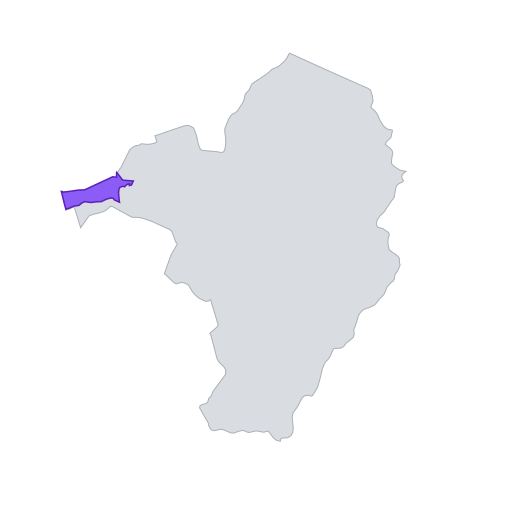 Renk, Upper Nile, South Sudan shown in context, rotated 253°
{"feature_id": "79223893B54015778886033", "entity_name": "Renk", "entity_type": "district", "adm_level": 2, "iso_a3": "SSD", "parent_name": "South Sudan", "parent_adm1": "Upper Nile", "projection": "natural_earth1", "projection_center": [32.947, 11.291], "detail": "fine", "context": "in_parent", "style": "filled", "palette": "violet", "viewbox_px": 512, "rotation_deg": 253, "n_neighbors": 0, "source": "geoboundaries", "source_scale": "gbopen_adm2", "svg_char_len": 4722}
<svg xmlns="http://www.w3.org/2000/svg" viewBox="0 0 512 512"><g transform="rotate(253 256 256)"><path d="M397.3,396.2L383.8,411.9L382.8,412.8L381.2,414.0L375.7,414.1L370.0,413.3L364.8,409.2L359.5,412.4L356.2,413.4L354.2,413.7L349.5,414.2L342.9,415.9L339.9,418.0L338.2,419.7L336.9,422.8L336.2,423.1L335.0,422.7L333.3,421.5L329.8,419.7L328.0,415.8L326.4,413.4L325.0,412.2L319.4,416.1L316.7,417.0L314.4,416.9L310.4,414.7L305.9,412.8L303.6,412.9L300.1,415.2L296.2,418.7L294.1,422.1L293.1,424.2L291.8,421.0L290.4,419.1L288.5,418.3L284.8,419.1L283.9,418.0L283.7,415.3L283.1,412.8L282.2,410.9L279.3,409.1L271.8,405.3L266.0,397.8L263.1,394.3L261.0,392.0L258.0,386.1L254.6,382.1L250.5,380.2L247.7,381.1L244.9,385.5L239.6,389.6L237.2,389.7L234.1,387.5L230.1,385.9L223.1,385.2L220.2,387.1L216.4,390.3L213.1,392.2L211.1,392.4L209.3,391.6L207.2,391.2L205.3,391.2L201.6,388.3L199.6,386.2L198.3,384.2L196.2,382.8L193.7,381.6L191.9,379.8L191.1,377.6L189.7,374.7L187.8,372.1L182.1,367.4L180.4,364.7L179.2,362.0L176.9,359.0L174.4,355.0L173.6,349.2L173.5,344.6L173.0,342.4L171.9,340.2L170.7,338.4L168.7,336.3L164.0,333.3L159.2,329.8L156.8,327.8L152.4,327.1L149.8,325.1L147.6,320.7L146.7,317.2L144.5,314.5L143.6,312.5L143.1,310.2L144.8,303.3L142.3,300.9L138.5,297.7L135.8,294.2L134.1,291.0L129.2,286.8L118.6,280.5L112.4,276.5L109.1,272.8L106.1,269.3L105.9,267.9L107.8,264.3L108.1,261.4L106.5,258.2L100.2,252.2L95.1,245.5L91.3,243.5L82.0,241.6L79.3,240.9L76.5,239.6L73.8,236.6L72.9,233.1L74.3,227.4L73.4,225.7L71.8,225.2L72.3,224.0L74.1,221.3L76.9,219.5L84.6,216.7L85.1,215.6L85.2,212.1L85.9,210.4L88.5,205.5L88.9,203.5L89.1,199.4L89.4,197.4L90.2,196.0L92.3,193.6L93.1,192.1L93.4,188.9L93.2,182.6L94.3,180.1L99.2,174.3L100.5,171.8L100.9,169.5L100.9,167.1L101.2,164.8L102.7,162.6L103.9,161.9L107.5,161.2L109.9,161.6L126.9,157.7L128.8,158.2L129.7,160.6L129.6,164.3L129.9,166.1L130.8,167.4L133.5,169.1L135.3,172.1L136.3,173.2L139.0,175.2L151.6,192.1L155.1,193.7L158.6,193.2L165.5,189.6L168.9,188.7L192.9,189.7L195.6,189.2L195.7,189.3L199.4,197.8L201.1,199.7L227.4,199.8L226.9,197.4L227.3,194.7L231.9,189.5L232.6,188.9L236.6,186.4L240.6,184.7L248.3,182.8L251.1,179.7L252.6,176.9L252.7,171.4L253.7,170.5L255.5,169.2L264.3,164.3L265.8,163.2L281.4,174.7L290.1,183.8L290.7,184.2L291.1,184.4L291.6,184.1L292.0,183.7L293.0,183.3L296.8,183.1L303.9,182.7L306.2,181.6L320.4,165.4L324.1,160.2L325.0,159.1L327.0,155.5L329.2,149.1L329.6,148.4L345.2,133.2L345.8,132.0L345.9,131.0L343.6,125.9L343.1,123.3L343.0,119.3L343.4,113.1L343.3,109.1L343.1,108.1L343.0,107.8L334.3,96.6L356.2,96.5L356.2,95.1L356.2,94.7L355.8,93.3L355.5,91.5L355.5,90.6L355.7,89.6L355.7,89.1L355.6,88.7L355.7,88.3L371.5,88.5L371.3,91.7L369.4,99.2L369.4,103.6L368.9,108.7L368.4,110.2L367.6,111.5L367.3,112.1L367.3,112.6L370.6,141.2L370.3,142.4L369.5,144.1L369.2,144.7L369.2,145.2L369.6,145.5L376.8,148.6L377.2,148.8L377.5,149.0L380.1,152.7L394.4,166.2L394.9,166.9L396.4,171.2L396.5,171.8L396.6,172.8L396.6,173.6L396.2,176.2L396.3,177.3L396.6,178.1L396.8,178.9L396.8,179.2L396.6,179.8L394.5,184.8L393.8,188.3L393.6,191.2L393.7,192.9L394.0,194.0L394.2,194.4L394.4,194.6L400.6,194.6L400.5,196.2L401.4,221.9L401.4,224.8L401.1,228.4L400.4,229.9L398.7,231.9L396.5,233.8L390.9,234.2L386.3,234.2L383.0,233.8L378.5,233.6L374.2,234.0L372.7,235.6L367.1,249.3L365.3,252.7L364.9,254.7L365.4,255.9L367.6,257.6L372.4,260.0L377.9,261.5L382.0,262.1L384.8,262.7L387.0,263.5L394.8,269.7L397.3,272.6L398.7,275.1L399.0,277.9L400.2,280.6L407.3,289.2L414.1,293.2L416.7,297.8L419.2,300.0L421.6,302.3L422.9,305.9L425.9,316.2L427.8,321.6L429.9,326.0L430.7,333.2L432.3,336.4L434.0,340.3L436.7,343.8L439.6,346.5L440.2,347.3L410.7,380.8L397.3,396.2Z" fill="#d9dde1" stroke="#a8b0b8" stroke-width="1"/><path d="M363.6,160.6L367.5,150.7L376.8,147.2L376.7,147.1L372.1,145.6L372.9,143.8L373.7,142.0L373.0,137.6L372.7,135.5L371.6,127.1L371.4,125.8L370.1,116.6L369.8,114.6L369.6,113.1L369.4,111.3L370.6,107.0L370.7,106.8L370.8,106.1L371.0,105.3L372.2,97.2L372.5,95.8L372.5,95.7L372.7,94.4L373.1,92.2L373.4,90.9L373.4,90.5L373.6,90.2L373.9,89.8L374.2,89.6L374.4,89.4L374.5,89.2L374.7,88.7L373.3,88.7L365.7,88.2L361.5,88.0L356.0,87.8L356.1,88.2L356.4,88.6L356.4,89.0L356.5,89.5L356.4,90.2L356.3,90.5L356.3,90.9L356.3,91.2L356.3,91.6L356.5,92.4L356.6,93.0L356.7,93.6L356.8,94.3L356.7,94.7L356.7,95.0L356.8,95.4L356.9,95.7L356.9,96.4L356.9,97.0L356.9,97.6L356.8,97.9L356.7,98.3L356.5,98.7L356.5,98.9L356.2,101.5L357.7,105.2L358.0,108.3L355.5,113.4L354.4,119.5L353.2,124.0L354.1,129.6L353.9,134.3L352.9,136.3L351.0,137.0L347.3,141.2L349.5,141.5L356.5,143.0L359.9,144.4L361.5,146.1L361.7,148.9L360.6,150.4L362.2,153.7L362.0,156.0L360.4,155.5L360.3,157.7L363.6,160.6Z" fill="#8b5cf6" stroke="#5b21b6" stroke-width="1.5"/></g></svg>